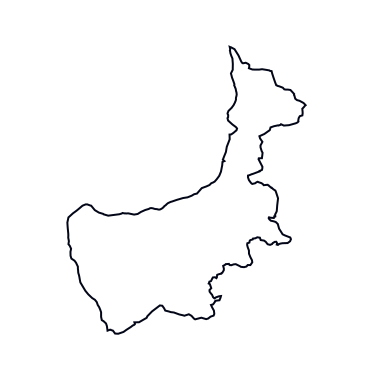 Sagaing, Sagaing, Myanmar (Robinson projection), rotated 161°
{"feature_id": "60261553B34432285334983", "entity_name": "Sagaing", "entity_type": "district", "adm_level": 2, "iso_a3": "MMR", "parent_name": "Myanmar", "parent_adm1": "Sagaing", "projection": "robinson", "projection_center": [95.553, 21.913], "detail": "fine", "context": "isolated", "style": "outline", "palette": "ink", "viewbox_px": 384, "rotation_deg": 161, "n_neighbors": 0, "source": "geoboundaries", "source_scale": "gbopen_adm2", "svg_char_len": 5955}
<svg xmlns="http://www.w3.org/2000/svg" viewBox="0 0 384 384"><g transform="rotate(161 192 192)"><path d="M109.1,316.9L109.4,314.6L109.7,314.1L109.8,313.8L110.1,313.5L110.2,312.3L110.3,311.8L110.4,311.2L110.5,310.7L110.5,309.1L110.5,308.6L110.5,307.9L110.5,307.5L110.3,305.1L111.7,299.8L113.7,294.3L116.6,291.4L116.7,289.4L116.9,287.3L116.8,283.6L116.8,280.1L117.4,279.1L117.3,278.4L117.2,277.5L117.3,276.8L117.2,276.6L117.1,275.6L117.2,274.8L117.4,273.5L117.5,272.9L117.5,272.2L117.5,271.8L117.6,271.4L117.9,270.0L118.0,269.6L118.2,269.2L118.5,268.7L118.9,268.0L119.5,267.2L119.8,266.6L119.9,266.4L120.1,265.9L120.2,265.5L120.3,265.1L120.6,264.7L121.3,263.7L121.7,263.4L122.1,262.8L122.5,262.4L122.9,262.0L123.3,261.7L123.6,261.3L124.0,260.9L124.4,260.6L125.1,260.1L125.5,259.8L126.0,259.5L126.5,259.1L126.9,258.8L131.1,256.8L132.8,254.8L132.9,254.1L132.7,253.1L132.8,252.7L133.1,252.1L133.3,251.6L133.3,251.4L133.4,251.1L133.8,250.7L134.4,250.3L134.6,247.8L133.4,245.6L131.8,242.7L129.4,239.2L128.7,237.4L129.8,235.9L133.9,234.3L136.2,233.7L137.8,234.1L139.2,229.6L141.7,226.6L144.4,223.4L146.9,218.8L150.3,214.9L152.2,212.6L152.3,212.5L151.7,211.4L151.3,210.7L153.4,210.5L154.7,207.5L158.0,201.8L161.0,198.4L164.5,196.0L167.3,194.4L168.2,194.3L169.0,194.1L169.9,194.1L171.0,194.0L173.2,192.9L176.6,192.6L181.5,192.5L186.4,189.7L186.9,189.4L187.7,189.0L187.8,188.9L190.7,189.2L193.5,188.6L197.9,188.4L202.4,189.2L209.1,189.5L214.2,189.5L215.2,189.6L216.2,189.5L217.3,189.4L218.3,189.3L219.4,188.9L220.2,188.6L220.9,188.2L221.6,187.9L222.5,187.8L223.3,187.2L224.3,186.8L225.0,186.4L226.3,186.1L227.5,185.9L228.6,186.0L229.6,186.4L230.7,187.2L231.9,187.7L233.0,188.3L234.0,189.1L235.0,189.7L235.9,190.1L236.8,190.3L237.7,190.2L238.2,190.1L238.5,190.0L239.3,190.1L242.1,190.2L246.7,189.8L250.5,188.9L254.1,189.5L259.3,192.6L261.2,193.1L261.5,193.3L261.9,193.4L262.2,193.6L262.4,193.6L262.7,193.7L263.0,193.9L263.4,194.1L263.6,194.2L264.2,194.6L264.6,194.8L265.5,194.5L266.7,194.6L267.2,194.6L267.8,194.6L278.9,196.9L282.9,199.7L283.0,200.1L283.2,200.3L286.7,202.8L289.8,206.5L291.8,211.9L292.4,212.2L292.6,212.4L295.1,214.4L296.5,214.9L300.0,214.7L304.6,212.9L307.3,211.9L311.5,210.6L315.2,209.0L317.1,208.2L319.8,203.7L321.1,198.9L322.5,193.1L323.0,191.4L323.9,189.1L324.4,185.6L325.8,182.9L325.1,180.9L324.8,177.7L326.4,175.0L327.6,171.2L327.7,168.3L325.5,165.4L324.7,163.0L324.2,158.6L325.0,156.2L325.0,155.8L325.8,152.8L325.9,151.7L325.9,150.4L326.2,148.1L326.5,146.3L326.7,144.9L327.0,142.9L325.7,136.6L325.0,133.3L323.4,129.0L320.9,124.2L318.9,121.7L317.9,118.9L317.9,115.8L317.3,113.5L317.1,110.6L317.1,107.9L318.6,103.5L319.0,100.2L317.7,98.7L316.1,95.7L316.1,93.0L317.0,88.4L314.5,88.5L313.7,88.2L313.6,87.9L311.9,86.7L310.8,83.2L307.9,82.0L306.6,82.0L302.3,82.0L299.0,83.0L293.7,84.3L291.4,85.1L290.4,85.1L289.2,85.5L288.9,85.8L288.9,87.5L284.5,86.1L277.4,87.5L277.1,87.5L275.7,87.9L274.8,89.0L268.7,92.1L259.3,95.2L257.1,94.1L256.2,91.0L255.9,88.6L252.7,86.5L251.1,85.3L248.4,84.0L243.8,80.3L240.4,78.2L239.5,77.5L234.8,77.4L232.8,75.1L231.7,72.5L231.2,71.4L230.5,70.6L228.2,70.4L224.1,70.1L220.0,67.2L217.9,67.1L215.0,68.1L211.8,68.1L210.6,69.5L209.9,72.7L210.5,76.1L210.8,79.0L208.6,78.9L205.8,80.9L205.8,81.2L205.1,81.5L201.3,80.7L199.5,82.7L198.5,84.2L200.5,84.6L203.6,84.6L205.1,84.1L205.2,84.4L205.7,84.5L206.0,85.2L206.3,85.6L206.5,88.4L207.1,89.7L207.8,92.0L207.4,93.6L205.1,94.8L205.1,99.1L206.0,100.0L205.9,100.1L205.5,100.4L205.3,100.9L204.7,101.6L203.5,101.5L203.0,101.6L202.1,102.5L201.0,103.6L200.1,104.4L198.0,103.9L197.0,102.6L196.3,103.1L196.2,103.6L195.1,105.5L192.8,105.5L190.8,105.2L190.1,105.7L190.1,105.8L189.6,105.8L187.4,107.7L186.8,109.2L186.6,112.0L184.9,112.3L183.8,112.6L183.6,112.8L182.0,112.4L180.5,112.0L180.4,111.1L179.9,110.5L179.2,110.3L178.8,110.0L176.1,110.0L174.1,109.5L170.9,106.3L170.1,105.3L167.3,104.0L164.8,103.8L163.1,104.8L160.6,103.9L157.9,105.9L157.5,108.0L158.0,111.4L158.2,115.1L157.2,118.2L157.3,121.7L157.1,124.0L156.4,125.5L154.2,125.5L153.3,127.1L152.6,127.5L150.0,127.4L149.5,128.1L147.2,127.6L145.0,127.9L142.7,126.7L142.7,124.2L139.7,122.6L138.5,120.9L137.5,118.0L135.4,116.6L133.3,116.7L132.3,117.4L130.0,117.9L128.5,117.5L128.2,115.8L129.0,114.7L128.0,114.0L127.2,114.2L126.6,114.5L124.9,114.4L123.1,114.1L118.2,112.6L115.3,113.5L113.8,115.2L113.9,117.0L118.3,120.7L120.1,122.5L120.8,125.6L121.6,128.9L121.3,133.8L122.6,136.4L124.5,137.8L126.8,139.2L127.8,141.0L128.0,142.4L127.4,143.0L126.1,142.1L124.0,141.2L123.1,140.8L122.3,141.9L122.1,141.6L121.2,141.7L120.7,143.7L118.9,145.4L118.1,146.3L115.7,151.8L112.7,158.0L112.6,164.7L112.7,166.2L114.2,168.1L115.0,169.6L115.2,170.0L115.5,170.0L115.6,170.5L116.1,170.8L116.3,171.3L117.1,172.5L117.2,173.0L117.8,173.6L118.0,174.1L118.5,174.3L122.0,175.1L122.5,176.5L123.5,177.8L125.6,179.4L126.6,180.3L127.9,180.2L129.5,179.7L132.4,180.0L133.1,181.0L133.5,182.1L134.3,184.7L134.3,187.7L133.7,189.3L132.4,189.2L129.6,189.4L129.3,189.3L121.3,189.5L121.3,189.9L118.7,190.1L118.0,191.1L117.2,192.9L117.5,195.0L118.4,201.3L117.9,202.1L114.9,201.2L113.7,203.6L112.5,206.1L112.8,208.0L112.7,211.8L112.1,213.7L111.2,214.5L109.1,216.5L110.2,220.5L110.1,222.8L104.7,223.3L98.3,225.2L96.7,227.5L93.0,227.5L88.9,227.0L88.6,226.7L86.4,226.7L85.8,227.1L83.5,224.9L78.5,223.6L71.5,223.2L69.6,223.4L68.4,224.0L68.3,224.9L67.1,227.1L65.4,228.6L62.7,228.5L61.7,230.5L61.2,232.3L60.6,234.8L58.3,236.0L57.3,236.7L56.3,237.1L57.1,238.9L57.6,239.9L60.6,243.2L62.8,244.7L64.0,246.6L63.8,250.0L64.0,250.6L63.5,251.4L64.4,253.5L65.7,256.4L67.8,257.5L69.8,258.2L71.3,259.0L72.2,261.1L75.2,263.6L76.3,264.3L76.9,264.8L77.1,265.3L77.6,265.6L77.7,269.1L77.7,273.6L77.6,278.1L77.4,280.4L78.8,281.1L79.3,281.8L82.2,283.4L85.8,285.3L88.8,285.9L92.6,287.2L95.1,288.2L97.9,290.5L97.1,291.8L96.5,293.4L97.1,294.7L99.1,296.7L101.9,297.1L102.6,297.9L103.0,299.5L103.6,306.0L105.3,313.2L108.2,316.3L108.7,316.5L109.1,316.9Z" fill="none" stroke="#020617" stroke-width="2"/></g></svg>